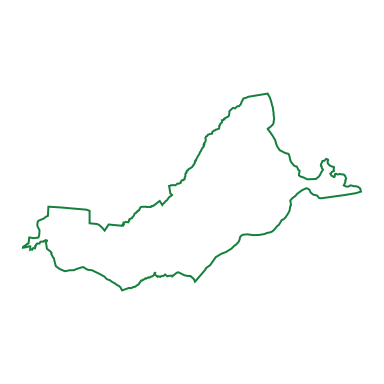 Archis, Arad, Romania (Mercator projection)
{"feature_id": "2599482B89375276768530", "entity_name": "Archis", "entity_type": "district", "adm_level": 2, "iso_a3": "ROU", "parent_name": "Romania", "parent_adm1": "Arad", "projection": "mercator", "projection_center": [22.118, 46.506], "detail": "fine", "context": "isolated", "style": "outline", "palette": "green", "viewbox_px": 384, "rotation_deg": 0, "n_neighbors": 0, "source": "geoboundaries", "source_scale": "gbopen_adm2", "svg_char_len": 6013}
<svg xmlns="http://www.w3.org/2000/svg" viewBox="0 0 384 384"><path d="M355.8,193.2L361.0,191.6L360.5,190.1L360.3,188.7L359.5,187.9L357.9,186.8L356.2,186.3L353.9,186.2L351.0,185.4L350.3,185.4L349.0,186.3L348.1,186.6L346.7,186.6L345.4,186.2L343.8,185.4L344.8,183.3L345.5,181.7L345.2,180.5L346.2,178.7L345.0,175.7L344.5,175.1L343.8,174.6L342.9,174.4L341.2,174.4L339.9,173.9L339.5,174.0L338.4,174.4L337.7,174.4L337.0,174.3L336.0,173.8L335.5,173.9L335.1,174.0L334.6,176.8L334.1,177.0L333.4,176.9L332.5,176.0L331.5,175.7L330.3,173.6L331.1,173.0L331.8,172.3L332.0,171.8L334.0,170.9L333.7,169.0L334.0,167.1L333.5,166.8L331.9,166.5L330.3,165.8L329.3,165.1L328.4,164.1L327.7,163.1L327.6,161.5L328.2,160.2L327.8,159.5L326.2,158.9L324.7,160.5L324.0,160.9L322.5,161.0L320.9,164.6L320.9,166.0L321.7,166.4L321.7,167.8L323.0,169.7L321.6,171.8L320.5,173.9L319.7,175.5L318.6,176.8L315.8,179.0L307.2,179.3L303.4,177.4L300.4,176.5L299.0,175.4L299.0,174.0L299.4,172.4L299.5,170.6L298.4,170.0L297.4,167.8L296.7,166.5L295.4,166.3L293.9,165.5L292.0,163.2L290.6,161.2L289.4,156.0L288.8,154.3L287.8,153.5L286.9,153.5L285.2,153.0L283.5,152.2L281.9,151.2L279.8,150.3L277.3,146.6L276.3,144.2L275.1,139.8L274.3,138.8L273.1,136.5L269.3,131.0L267.8,129.2L267.7,128.7L270.4,126.9L272.5,124.9L273.4,123.5L273.7,122.3L273.6,121.6L274.1,119.2L274.1,117.9L273.6,115.0L273.6,112.3L273.2,110.8L272.8,107.1L272.0,105.2L271.7,103.3L270.3,98.8L269.8,97.4L268.1,94.5L267.7,93.6L248.1,96.8L246.2,97.8L243.5,98.4L241.6,102.0L240.7,104.4L238.9,106.3L237.5,106.2L235.0,108.4L233.1,107.9L232.0,108.7L230.5,110.1L229.4,111.3L229.4,112.8L228.9,115.8L228.3,116.5L224.6,118.4L224.5,119.2L223.9,119.1L223.5,119.9L221.9,120.3L222.2,121.3L221.9,122.5L220.9,123.2L220.2,123.9L220.1,125.1L219.3,125.6L219.2,126.8L219.3,127.4L219.1,128.5L216.8,129.5L215.7,129.7L215.1,130.3L214.0,130.6L212.4,131.8L212.3,132.9L212.1,133.6L210.0,134.0L208.0,134.7L207.2,136.0L206.1,136.5L205.4,138.0L205.8,139.5L205.5,141.4L204.7,142.7L204.0,143.4L204.4,144.3L203.6,144.9L203.9,145.6L203.6,145.9L203.7,146.7L203.2,147.1L202.1,148.4L200.5,151.8L200.1,152.0L199.2,154.2L197.8,156.3L196.2,159.5L195.4,160.4L195.8,160.8L194.9,161.8L194.7,162.1L194.9,162.9L194.4,163.5L194.1,164.3L193.4,164.9L193.4,165.4L191.9,167.2L189.5,168.7L188.6,169.1L187.9,170.4L187.1,170.5L186.4,172.0L186.6,172.7L186.5,172.9L185.6,173.3L185.5,173.6L185.5,174.1L185.3,175.0L185.5,176.0L184.7,177.4L184.8,178.5L184.7,179.0L184.0,179.3L183.7,179.6L183.5,180.2L182.5,180.1L182.1,180.2L180.8,181.6L180.8,182.6L180.5,183.1L179.8,183.2L178.7,183.7L177.9,183.5L177.1,183.8L176.6,184.4L175.2,185.3L173.3,185.1L171.5,185.3L170.9,185.2L169.8,186.0L169.1,186.0L170.4,193.5L172.1,195.0L171.2,195.9L169.9,196.6L169.2,197.1L167.8,199.0L167.2,200.0L165.5,201.3L163.9,203.2L163.0,203.8L162.3,205.0L159.7,201.0L157.5,202.6L154.5,205.0L153.1,205.7L152.8,206.2L151.8,206.0L151.2,206.4L150.9,207.0L149.5,206.9L146.4,207.0L145.9,206.7L141.9,206.8L141.0,207.0L140.1,207.9L139.6,208.9L139.3,210.1L139.0,210.4L138.4,210.5L137.7,210.8L137.7,211.5L136.4,212.2L136.0,213.0L135.1,213.3L134.5,213.9L134.3,214.3L134.1,215.1L133.6,215.9L133.2,216.5L132.1,217.5L132.0,218.1L130.5,218.8L129.5,219.1L129.2,219.9L129.3,220.5L128.9,220.7L128.9,221.0L128.6,221.7L128.1,222.0L128.1,222.3L126.4,222.1L125.8,221.9L125.5,222.1L124.3,222.6L123.5,222.5L123.4,222.8L123.3,223.3L123.7,223.5L123.4,224.0L123.6,224.4L123.4,224.5L123.7,224.6L123.1,225.7L122.2,225.8L108.7,224.5L104.6,230.6L102.0,227.5L98.9,224.8L97.0,224.0L89.6,223.3L89.6,210.9L86.7,209.7L60.1,207.4L48.4,206.7L47.9,215.9L46.4,216.5L45.7,217.1L44.9,217.5L43.9,218.5L38.6,220.7L37.8,221.4L37.3,225.0L37.5,226.2L38.3,227.9L39.3,229.7L39.5,230.8L39.2,235.2L38.4,237.5L35.2,238.0L33.1,238.1L29.3,237.4L29.2,237.5L28.9,241.3L28.7,241.6L28.5,243.4L27.4,243.8L27.5,244.1L23.1,246.8L23.0,247.7L24.9,247.4L25.3,246.9L25.7,247.3L30.0,246.2L30.3,246.3L30.2,249.8L31.0,249.4L32.2,249.7L32.5,248.9L33.2,248.1L34.9,248.4L35.1,247.7L35.0,247.1L35.4,246.9L35.3,245.8L36.1,245.3L36.1,244.7L36.2,244.4L36.7,244.1L36.9,243.6L37.5,243.5L39.5,243.6L40.0,242.5L40.4,241.8L41.1,241.6L42.4,241.7L43.8,241.6L43.9,240.9L45.1,240.5L45.7,240.1L46.8,240.4L47.0,240.6L47.0,240.9L46.2,242.1L46.0,242.8L46.3,245.0L46.5,245.7L46.9,248.7L50.2,251.3L51.4,252.6L51.5,252.9L51.3,253.0L51.2,253.4L51.5,254.6L52.0,255.1L52.9,257.2L53.8,258.1L54.8,262.3L55.8,266.1L59.4,268.8L62.9,270.4L65.1,271.2L69.5,270.3L73.9,270.2L76.8,268.9L79.1,268.2L82.4,267.1L83.8,267.3L85.1,268.3L87.6,269.7L89.3,270.0L91.9,270.2L99.5,273.9L104.6,276.7L106.1,278.5L107.1,279.3L110.1,280.3L111.3,281.4L115.3,283.7L117.5,285.3L119.0,286.0L120.4,287.3L122.1,290.4L128.8,288.0L129.3,287.9L130.9,288.2L132.1,287.7L132.8,287.2L133.6,287.1L134.2,286.8L134.7,286.9L135.5,286.5L137.4,285.0L138.2,284.7L138.9,284.1L139.0,283.7L139.5,282.8L140.0,282.5L140.3,281.9L140.4,281.5L141.1,280.6L141.5,280.4L142.0,280.6L143.1,279.9L143.2,279.6L144.2,279.4L144.8,279.0L145.3,278.3L146.2,278.6L146.9,278.1L147.8,277.9L148.0,277.5L148.6,277.4L149.4,277.5L149.7,277.2L150.2,277.3L151.1,276.5L151.8,276.5L152.6,276.2L153.9,275.0L154.7,272.9L155.1,272.9L154.7,274.3L157.6,276.8L158.0,276.2L158.4,276.2L160.3,276.9L161.2,276.1L162.3,276.1L163.6,275.8L165.1,274.5L167.3,276.3L167.7,276.3L168.3,275.9L172.6,275.6L172.6,276.1L175.4,273.8L176.9,272.7L178.0,272.3L178.7,272.4L184.6,275.4L185.7,275.5L187.9,276.0L190.4,276.0L192.8,278.1L194.0,279.3L195.0,281.7L205.4,269.6L205.8,268.3L210.2,265.1L215.7,257.2L221.1,253.9L226.0,252.0L231.5,248.6L234.5,245.6L236.2,244.5L238.8,241.6L239.8,238.9L239.9,237.4L241.5,235.4L243.1,234.7L247.5,234.3L252.6,235.1L258.9,235.0L264.6,234.0L267.1,232.9L269.6,232.5L271.6,231.8L272.8,231.0L274.2,229.8L277.1,226.2L279.0,224.7L281.7,220.1L283.7,219.2L285.5,217.4L287.9,213.8L289.6,210.6L290.3,206.0L290.9,205.4L291.0,204.6L290.3,200.5L292.4,198.1L295.2,196.1L297.3,193.7L302.1,190.2L306.4,188.2L308.5,189.0L309.6,190.1L310.7,192.6L313.2,194.6L317.0,195.5L319.2,198.1L321.1,198.3L344.8,195.0L355.8,193.2Z" fill="none" stroke="#15803d" stroke-width="2"/></svg>